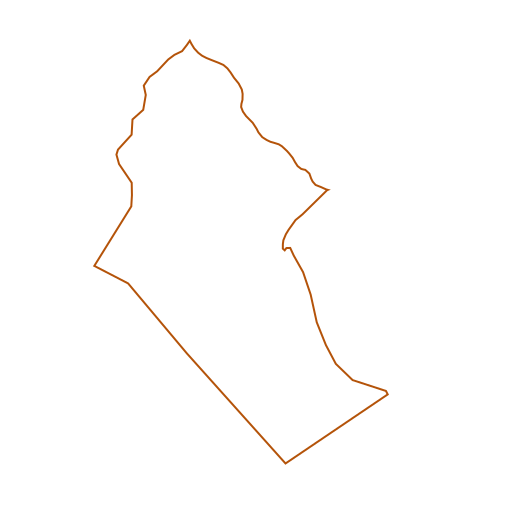 outline of Green Gold/Babonneau, Castries, Saint Lucia, rotated 12°
{"feature_id": "8701671B51268298139498", "entity_name": "Green Gold/Babonneau", "entity_type": "district", "adm_level": 2, "iso_a3": "LCA", "parent_name": "Saint Lucia", "parent_adm1": "Castries", "projection": "albers", "projection_center": [-60.953, 13.996], "detail": "fine", "context": "isolated", "style": "outline", "palette": "amber", "viewbox_px": 512, "rotation_deg": 12, "n_neighbors": 0, "source": "geoboundaries", "source_scale": "gbopen_adm2", "svg_char_len": 1222}
<svg xmlns="http://www.w3.org/2000/svg" viewBox="0 0 512 512"><g transform="rotate(12 256 256)"><path d="M99.9,299.3L136.6,309.4L208.7,365.7L328.0,452.8L413.6,364.0L411.2,361.0L376.3,357.3L356.5,344.9L342.9,328.6L329.2,308.2L317.5,282.4L305.4,262.0L292.8,247.7L287.8,241.0L284.1,241.9L282.9,244.5L280.7,243.2L279.8,238.7L279.5,234.9L280.7,228.5L282.5,223.4L285.0,217.7L287.2,212.6L292.8,205.6L311.8,176.9L312.5,176.4L310.9,176.3L309.5,176.0L307.2,175.5L305.0,175.0L303.6,174.8L299.5,174.1L295.9,171.4L293.8,168.7L291.1,164.3L286.3,161.5L284.0,161.5L282.1,161.4L278.0,159.4L274.6,156.0L271.5,152.4L267.0,148.7L264.4,146.8L258.4,143.2L255.0,142.0L249.6,141.5L246.4,141.3L242.3,140.3L237.5,138.5L232.7,134.6L230.2,131.5L225.1,126.4L217.2,121.2L213.2,117.5L210.5,113.4L210.1,110.2L210.3,106.1L209.2,100.2L207.5,96.1L203.2,90.9L197.4,86.2L192.9,81.7L189.0,78.4L184.4,75.9L179.2,74.8L171.9,73.6L166.3,72.6L161.6,71.3L157.2,69.2L152.4,65.8L148.8,62.0L146.5,59.2L144.5,64.0L141.1,71.0L134.4,76.2L129.3,82.0L120.9,95.9L114.7,102.9L110.8,112.7L114.7,121.4L115.3,136.5L106.8,148.1L109.1,163.2L98.9,180.6L98.4,185.8L102.9,194.5L119.2,210.2L122.0,222.3L123.7,233.4L99.9,299.3Z" fill="none" stroke="#b45309" stroke-width="2"/></g></svg>